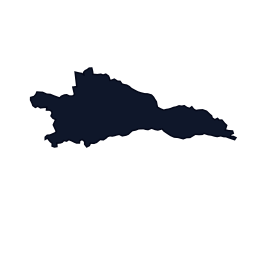 Cambira, Paraná, Brazil, rotated 117°
{"feature_id": "56859067B19055984398551", "entity_name": "Cambira", "entity_type": "district", "adm_level": 2, "iso_a3": "BRA", "parent_name": "Brazil", "parent_adm1": "Paraná", "projection": "natural_earth1", "projection_center": [-51.567, -23.611], "detail": "fine", "context": "isolated", "style": "filled", "palette": "ink", "viewbox_px": 256, "rotation_deg": 117, "n_neighbors": 0, "source": "geoboundaries", "source_scale": "gbopen_adm2", "svg_char_len": 2256}
<svg xmlns="http://www.w3.org/2000/svg" viewBox="0 0 256 256"><g transform="rotate(117 128 128)"><path d="M90.0,27.7L87.6,27.4L87.7,30.2L88.9,32.8L87.1,33.6L84.9,31.8L83.2,33.5L84.8,37.3L85.5,40.5L80.8,41.3L80.0,44.1L78.3,47.9L79.6,50.3L78.8,52.6L81.2,54.4L80.9,57.5L79.2,59.1L78.6,61.7L77.4,65.6L77.9,69.7L79.9,73.1L81.6,75.4L81.4,78.2L80.1,80.8L82.6,82.0L83.0,84.9L82.6,88.0L84.2,89.9L85.1,92.6L87.3,94.5L89.0,96.7L91.5,98.9L93.0,100.6L94.2,102.3L95.9,104.2L96.2,107.6L96.1,111.2L94.2,112.8L91.7,114.7L90.2,117.4L89.0,119.2L88.0,122.0L88.7,125.9L90.0,128.7L90.9,132.5L91.4,135.6L91.4,138.8L91.3,142.9L90.5,145.8L90.4,148.6L91.1,150.9L91.6,153.2L90.0,156.3L91.1,158.6L90.7,162.4L92.6,164.0L93.8,165.8L92.0,167.3L90.6,169.0L90.1,172.2L92.2,174.3L92.4,176.6L94.4,179.5L96.1,183.6L93.5,185.4L91.0,187.5L92.3,189.8L94.5,190.8L96.4,192.2L98.5,192.8L100.7,191.5L100.4,193.9L101.3,196.8L102.2,200.5L114.4,192.4L116.6,195.7L122.5,190.8L124.8,191.9L126.2,194.9L126.2,197.7L127.5,199.7L130.0,201.8L132.3,202.5L132.7,205.5L133.1,208.8L133.4,212.5L134.8,215.8L135.0,220.2L136.2,222.9L137.3,225.5L139.9,225.3L142.6,226.0L145.0,228.6L147.3,227.5L149.8,224.3L151.2,222.9L151.7,219.9L149.5,218.3L149.8,215.2L148.1,212.7L146.4,209.8L149.0,208.8L147.6,206.0L147.8,203.5L149.5,202.3L152.2,202.1L153.4,199.3L153.3,196.3L159.1,196.0L163.6,190.3L165.5,190.8L169.7,194.3L171.2,196.7L173.7,197.6L175.7,196.6L173.5,195.1L174.5,193.2L175.4,191.1L176.0,188.5L178.6,187.4L178.3,184.9L176.8,182.9L173.9,184.6L172.1,181.7L170.6,180.2L168.3,179.5L167.5,176.7L165.2,175.5L164.9,172.0L164.9,169.4L164.7,167.0L163.4,164.5L161.2,165.3L159.0,163.7L159.7,160.5L162.2,159.2L163.6,156.2L161.2,154.5L158.5,154.6L157.1,151.4L155.1,149.5L150.9,147.7L149.7,144.6L147.1,143.1L144.8,142.3L143.1,140.6L142.3,138.4L140.7,136.4L139.3,135.0L137.6,132.9L137.6,129.6L135.2,126.5L133.3,124.9L130.8,124.0L128.4,123.0L126.2,120.2L123.9,118.2L121.5,113.9L121.1,111.7L120.3,109.4L117.4,106.9L117.0,103.2L116.2,100.5L113.3,97.3L114.4,94.5L114.9,90.5L115.3,86.7L115.1,82.8L113.6,79.1L112.5,73.9L109.9,71.5L108.3,68.5L103.0,65.2L101.6,61.8L99.9,58.9L98.2,57.8L97.5,53.6L96.4,50.4L95.9,47.5L95.1,44.7L92.8,41.8L92.2,38.8L91.2,36.7L90.9,33.9L90.0,27.7Z" fill="#0f172a" stroke="#020617" stroke-width="1.5"/></g></svg>